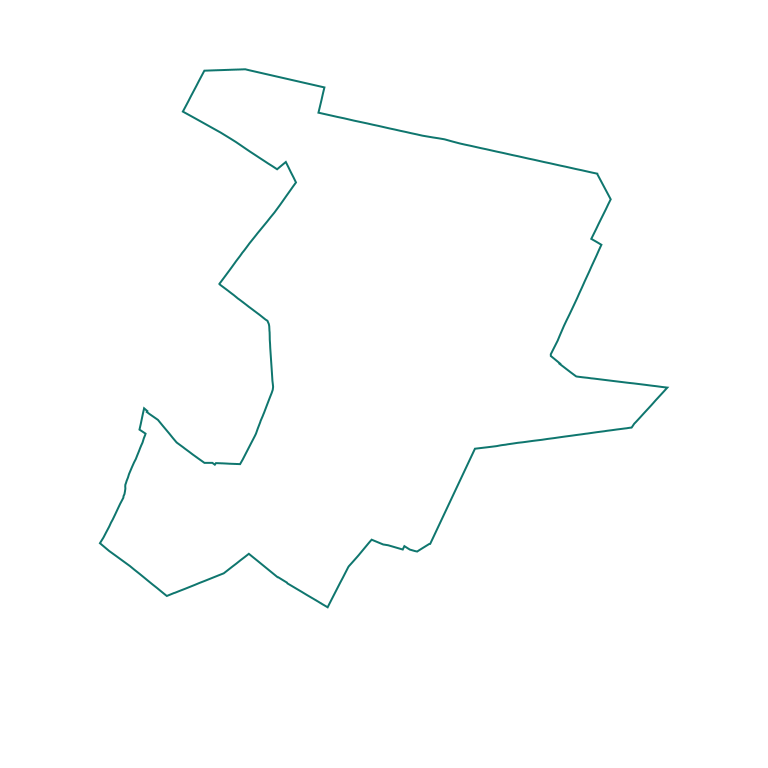 Nextlalpan, México, Mexico, rotated 287°
{"feature_id": "50627088B68991694125409", "entity_name": "Nextlalpan", "entity_type": "district", "adm_level": 2, "iso_a3": "MEX", "parent_name": "Mexico", "parent_adm1": "México", "projection": "orthographic", "projection_center": [-99.078, 19.726], "detail": "fine", "context": "isolated", "style": "outline", "palette": "teal", "viewbox_px": 768, "rotation_deg": 287, "n_neighbors": 0, "source": "geoboundaries", "source_scale": "gbopen_adm2", "svg_char_len": 5698}
<svg xmlns="http://www.w3.org/2000/svg" viewBox="0 0 768 768"><g transform="rotate(287 384 384)"><path d="M154.0,395.4L157.0,395.9L164.4,397.2L170.0,398.2L175.6,399.2L181.2,400.2L186.9,401.3L192.5,402.3L198.1,403.3L199.3,403.6L204.9,406.2L211.7,409.3L212.4,409.6L213.3,410.0L214.3,410.4L221.0,413.2L227.7,416.0L231.5,417.7L230.9,423.9L230.3,430.2L230.5,431.5L231.0,435.1L231.1,442.7L231.2,450.3L234.9,450.9L233.2,457.1L233.3,462.5L233.5,464.7L234.7,465.7L238.5,469.0L244.2,474.0L244.6,474.9L250.0,475.7L348.7,489.9L353.4,500.6L355.8,506.0L357.0,508.7L357.6,510.0L359.2,513.0L360.0,514.6L361.6,518.2L362.5,519.9L364.6,524.4L366.9,529.2L368.7,533.4L369.7,535.6L372.9,542.5L373.8,544.5L376.8,551.3L378.0,553.8L379.3,556.5L379.8,557.6L382.0,562.5L383.9,566.5L386.7,572.5L389.8,579.3L391.3,582.5L393.8,588.0L395.5,591.6L396.0,592.8L397.7,596.4L400.1,601.5L403.3,608.6L404.0,610.0L404.7,611.5L406.5,615.5L408.6,620.0L409.8,622.7L411.7,626.9L412.8,629.4L413.1,629.9L414.4,632.7L414.7,633.5L415.3,633.7L415.5,633.8L419.2,634.9L421.5,636.1L426.7,638.6L432.0,641.1L437.2,643.6L442.4,646.1L447.7,648.5L452.9,651.0L458.1,653.5L463.4,656.0L462.4,650.5L461.5,645.0L460.5,639.5L459.6,634.1L458.6,628.4L457.6,622.7L456.5,617.0L455.5,611.3L454.5,605.7L453.5,600.0L452.5,594.3L451.5,588.6L450.5,582.9L450.0,580.5L449.5,577.2L448.5,572.0L447.6,566.8L447.5,566.1L447.5,565.4L449.6,559.5L451.8,553.6L453.0,550.4L454.0,547.7L454.6,546.1L455.0,546.4L459.3,536.0L459.5,535.4L461.2,534.8L467.6,535.9L476.2,537.4L481.5,537.9L486.9,538.5L492.3,539.1L498.4,540.0L504.5,541.0L510.6,541.9L516.8,542.8L522.5,543.6L528.3,544.3L534.1,545.1L539.8,545.8L540.0,545.8L545.8,546.6L551.6,547.4L557.4,548.1L563.2,548.9L569.0,549.7L574.9,550.4L580.7,551.2L582.1,545.5L583.4,539.8L588.9,540.7L594.3,541.6L599.7,542.4L605.2,543.3L610.6,544.2L616.0,545.1L621.5,545.9L626.9,546.8L630.9,542.8L634.9,538.8L639.0,534.7L643.0,530.7L647.0,526.7L647.5,526.5L647.0,521.1L646.6,515.7L646.2,510.3L645.7,504.9L645.3,499.5L644.9,494.1L644.4,488.7L644.0,483.4L643.6,478.0L643.1,472.6L642.7,467.2L642.3,461.8L641.8,456.4L641.4,451.0L641.0,445.6L640.5,440.2L640.1,434.8L639.7,429.4L639.2,424.0L638.8,418.6L638.4,413.2L637.9,407.8L637.5,402.4L637.1,397.0L636.6,391.6L636.2,386.2L635.9,378.5L635.7,370.7L635.6,369.6L634.9,364.2L634.1,358.8L633.4,353.4L632.7,348.0L632.3,342.4L631.8,336.8L631.4,331.2L630.9,325.6L630.5,320.0L630.0,314.4L629.6,308.8L629.2,303.2L628.7,297.6L628.3,292.0L627.7,285.2L627.1,278.5L626.4,268.1L625.8,261.6L625.3,255.0L624.8,248.5L624.3,242.0L630.8,241.6L637.2,241.2L643.7,240.7L650.2,240.3L649.8,234.8L649.4,229.2L649.0,223.7L648.6,218.2L648.2,212.6L647.8,207.1L647.4,201.5L647.0,196.0L646.6,190.5L646.2,184.9L645.8,179.4L645.4,173.8L645.0,168.3L644.6,162.8L644.4,159.3L642.5,153.8L640.6,148.2L638.7,142.7L636.8,137.2L634.9,131.6L633.0,126.1L631.1,120.6L625.4,119.5L619.7,118.4L614.1,117.4L608.4,116.3L602.7,115.2L597.0,114.2L591.3,113.1L585.7,112.0L584.2,119.2L582.7,126.3L581.5,131.9L580.3,137.5L579.1,143.0L577.9,148.6L576.7,154.2L575.2,160.0L573.7,165.8L572.1,171.7L570.4,177.2L568.7,182.6L567.0,188.1L565.5,193.3L564.0,198.4L562.5,203.6L561.0,208.7L559.6,213.9L558.1,219.0L562.9,222.1L567.6,225.2L563.5,229.1L559.3,233.0L555.2,237.0L551.0,240.9L546.7,239.4L541.2,237.6L535.8,235.8L530.3,234.0L524.8,232.2L515.7,229.0L510.4,226.8L505.0,224.7L499.2,222.3L493.4,219.9L490.5,218.7L489.6,218.4L488.9,218.1L486.6,217.2L478.6,214.0L478.2,213.9L476.8,213.4L471.2,211.4L468.0,210.1L464.3,208.9L461.9,208.0L458.4,206.7L450.7,204.1L443.9,201.7L437.2,199.3L433.0,197.8L431.7,197.3L431.4,197.4L431.3,197.6L430.7,199.0L428.3,205.7L425.8,212.4L425.2,214.1L423.0,219.4L422.6,220.7L420.4,226.7L418.1,232.7L418.1,232.8L416.6,237.0L416.1,238.3L413.8,244.7L411.0,251.8L410.4,254.0L407.7,256.3L406.8,256.8L406.6,256.9L405.6,257.4L401.4,258.9L400.0,259.5L396.1,260.8L393.0,261.8L388.8,263.4L385.4,264.6L374.9,268.6L361.8,273.6L357.3,275.3L354.6,276.3L351.2,277.8L348.8,278.8L345.9,279.3L342.8,279.2L342.5,279.2L340.2,279.0L337.7,278.8L329.1,278.2L321.4,277.7L319.5,277.5L318.0,277.4L312.7,276.8L311.3,276.8L305.7,276.4L304.3,276.3L299.2,276.1L296.5,275.7L291.1,274.7L288.4,274.2L282.3,273.1L276.2,272.0L270.1,270.9L269.8,270.8L265.3,269.8L263.9,264.5L262.5,259.2L261.2,253.9L259.8,248.6L259.2,246.4L257.4,245.8L258.4,242.9L257.9,241.2L256.1,235.3L257.5,231.1L258.5,228.1L258.6,227.8L260.7,221.6L262.1,217.8L263.7,213.3L264.3,211.6L264.5,211.2L266.0,206.9L267.4,202.9L267.5,202.8L267.5,202.7L270.6,197.9L273.8,193.2L279.2,184.9L281.0,182.2L283.6,178.3L285.4,172.7L286.8,168.3L287.3,167.0L287.9,165.3L288.9,165.6L290.6,161.7L285.2,162.1L279.8,162.6L274.4,163.1L268.9,163.5L266.8,170.5L265.4,170.5L261.8,170.2L257.3,170.2L254.3,169.8L251.1,169.5L248.0,169.3L243.6,168.9L239.7,168.6L235.9,167.9L231.0,167.3L223.3,166.5L219.7,166.5L216.3,166.2L213.9,166.2L212.0,166.1L210.4,166.5L208.5,167.2L208.1,167.3L205.4,167.7L202.8,168.0L200.6,167.7L199.0,168.0L192.2,166.7L186.7,165.9L181.0,165.1L175.1,164.2L171.8,163.5L167.3,162.9L164.2,162.3L161.1,161.7L155.1,160.6L148.7,158.9L144.0,169.9L141.3,177.8L139.4,183.3L137.5,188.8L135.6,194.3L133.4,199.6L131.3,205.0L129.1,210.4L126.9,215.7L124.7,221.1L122.6,226.5L120.4,231.8L118.2,237.2L117.8,238.3L122.7,244.3L123.2,245.1L126.5,249.2L129.8,253.4L133.1,257.5L136.4,261.6L139.8,265.7L143.1,269.9L146.4,274.0L149.7,278.1L153.0,282.2L156.1,286.1L160.5,289.2L164.8,292.2L169.1,295.3L173.5,298.3L177.8,301.4L182.1,304.4L180.1,309.3L178.1,314.3L176.1,319.2L174.1,324.1L172.1,329.0L170.1,333.9L168.1,338.8L168.3,339.2L165.8,348.8L165.7,349.3L165.3,349.7L165.1,349.9L163.8,355.3L162.5,360.6L161.2,366.0L159.7,371.9L158.3,377.8L156.9,383.6L155.4,389.5L154.0,395.4Z" fill="none" stroke="#0f766e" stroke-width="2"/></g></svg>